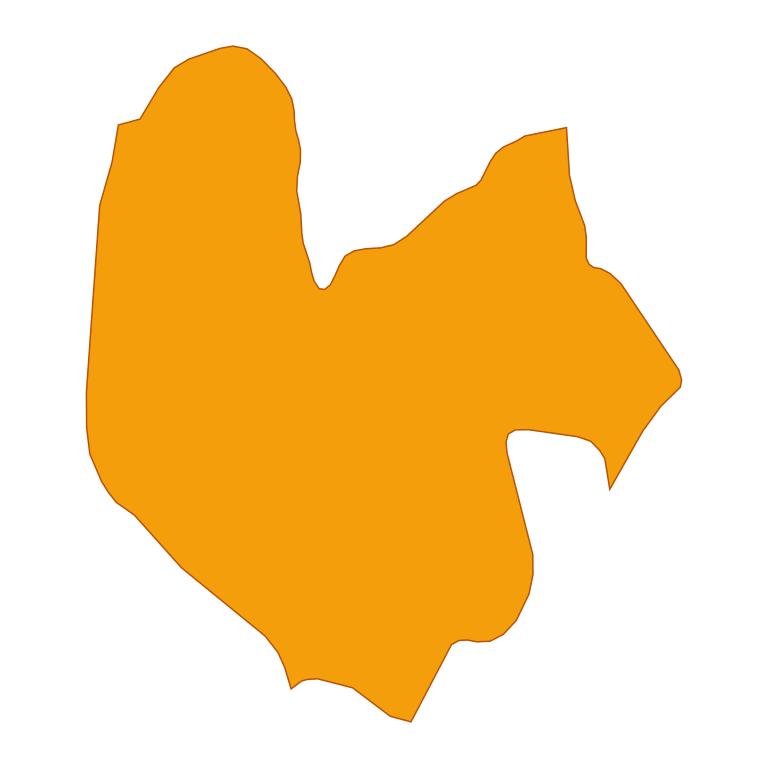 outline of Thái Nguyên
{"feature_id": "VNM-452", "entity_name": "Thái Nguyên", "entity_type": "Province", "adm_level": 1, "iso_a3": "VNM", "parent_name": "Vietnam", "parent_adm1": "", "projection": "natural_earth1", "projection_center": [105.891, 21.681], "detail": "fine", "context": "isolated", "style": "filled", "palette": "amber", "viewbox_px": 768, "rotation_deg": 0, "n_neighbors": 0, "source": "natural_earth", "source_scale": "10m", "svg_char_len": 1354}
<svg xmlns="http://www.w3.org/2000/svg" viewBox="0 0 768 768"><path d="M134.4,515.1L116.3,502.4L108.7,492.8L101.7,481.7L89.8,454.0L86.6,427.2L86.4,392.4L99.7,205.5L112.1,162.0L118.4,124.9L140.0,119.1L159.0,87.3L174.3,67.8L188.9,59.1L220.0,48.4L233.0,46.1L247.0,48.8L261.2,58.9L275.1,73.1L285.7,86.9L291.8,99.1L294.1,110.8L294.5,120.4L295.8,130.6L298.6,140.2L300.5,149.9L300.3,162.2L297.5,176.0L296.7,191.0L300.8,214.0L301.8,233.3L303.2,243.0L309.7,262.9L311.7,272.9L314.2,281.3L319.2,288.7L324.7,289.4L330.3,284.9L334.9,275.9L339.4,265.5L345.2,256.0L354.3,250.8L366.1,248.7L380.4,247.9L393.7,244.7L406.7,236.3L444.8,200.8L457.2,193.4L475.9,185.4L481.0,180.2L490.0,162.0L495.8,153.2L503.7,146.8L515.8,141.4L524.9,136.0L566.5,127.6L569.5,175.5L575.3,200.8L584.7,225.6L586.3,237.3L586.2,258.1L589.1,264.4L594.1,267.7L600.7,268.6L610.2,273.7L620.9,283.6L678.9,370.1L681.6,379.9L680.3,387.2L660.8,406.3L642.6,431.3L609.8,489.3L604.8,458.7L599.9,450.7L590.7,441.2L577.1,436.6L528.5,429.7L515.4,429.9L508.3,434.0L506.0,441.9L507.0,452.9L532.8,554.6L533.0,574.4L529.0,594.1L516.3,620.4L503.4,634.3L490.1,641.2L476.8,641.8L467.3,640.0L459.0,640.5L451.5,644.6L411.0,721.9L390.3,716.3L352.6,687.8L317.6,678.8L307.0,679.5L301.5,681.1L291.1,688.9L284.7,667.4L278.0,652.5L265.2,636.1L181.4,567.7L134.4,515.1Z" fill="#f59e0b" stroke="#b45309" stroke-width="1.5"/></svg>